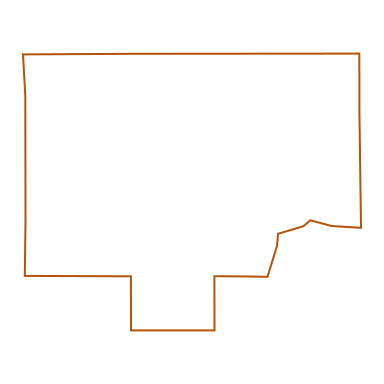 the district of Bureau, Illinois, United States of America
{"feature_id": "52423323B68616856525680", "entity_name": "Bureau", "entity_type": "district", "adm_level": 2, "iso_a3": "USA", "parent_name": "United States of America", "parent_adm1": "Illinois", "projection": "equal_earth", "projection_center": [-89.465, 41.367], "detail": "fine", "context": "isolated", "style": "outline", "palette": "amber", "viewbox_px": 384, "rotation_deg": 0, "n_neighbors": 0, "source": "geoboundaries", "source_scale": "gbopen_adm2", "svg_char_len": 369}
<svg xmlns="http://www.w3.org/2000/svg" viewBox="0 0 384 384"><path d="M134.6,53.8L23.0,54.4L25.3,96.0L25.5,221.0L24.8,275.9L130.9,276.3L131.0,330.4L214.5,330.4L214.4,276.2L249.5,276.5L267.5,276.8L277.0,245.9L278.1,233.7L303.0,226.4L310.5,220.3L331.4,226.0L361.0,227.8L359.4,110.2L359.4,76.6L359.3,53.6L134.6,53.8Z" fill="none" stroke="#b45309" stroke-width="2"/></svg>